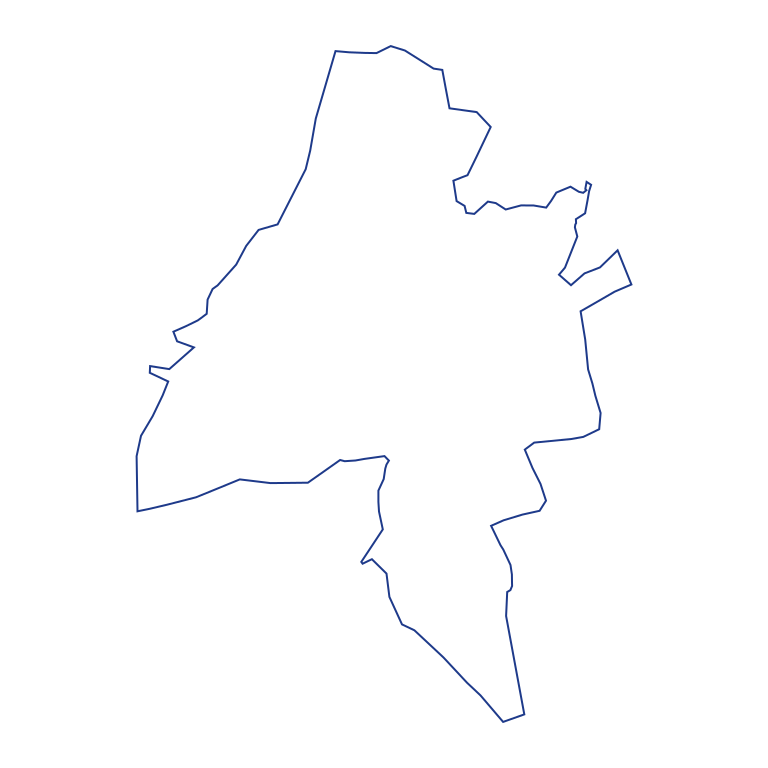 outline of Nganzai, Borno, Nigeria
{"feature_id": "59680162B84828583281462", "entity_name": "Nganzai", "entity_type": "district", "adm_level": 2, "iso_a3": "NGA", "parent_name": "Nigeria", "parent_adm1": "Borno", "projection": "albers", "projection_center": [13.181, 12.442], "detail": "fine", "context": "isolated", "style": "outline", "palette": "blue", "viewbox_px": 768, "rotation_deg": 0, "n_neighbors": 0, "source": "geoboundaries", "source_scale": "gbopen_adm2", "svg_char_len": 1870}
<svg xmlns="http://www.w3.org/2000/svg" viewBox="0 0 768 768"><path d="M631.4,284.5L617.6,250.3L600.0,267.4L584.5,273.4L571.0,285.2L559.0,274.7L565.0,267.6L577.3,236.5L574.9,227.3L575.3,224.5L576.1,223.2L575.9,219.2L585.1,213.3L587.6,199.9L589.1,191.2L591.1,184.8L586.6,181.9L585.3,188.9L586.4,190.2L583.2,192.8L578.9,191.8L570.5,186.7L561.3,190.5L556.3,192.6L551.1,200.9L546.2,207.6L533.7,205.5L521.1,205.4L505.7,209.5L495.8,203.1L487.9,201.6L474.3,213.9L466.3,212.9L464.6,205.9L456.6,201.1L453.4,180.7L462.2,177.2L467.5,175.2L470.7,168.7L476.4,157.0L490.7,127.0L476.7,112.1L449.5,108.3L445.8,88.8L442.3,69.9L433.6,68.6L404.9,50.5L390.7,46.1L376.5,53.1L364.5,52.9L349.2,52.3L335.5,51.1L315.8,118.5L310.2,150.6L305.7,169.2L277.6,224.4L258.6,229.9L246.2,245.9L236.2,264.6L217.7,285.3L216.8,286.0L215.9,286.6L212.6,289.0L207.6,299.6L206.7,313.8L200.7,318.3L197.8,320.4L185.7,326.3L173.4,331.7L177.1,341.3L193.9,347.4L169.3,369.1L150.1,366.1L149.8,372.8L168.2,381.5L162.7,395.3L152.7,416.1L141.0,435.8L136.6,456.2L137.5,511.3L149.7,508.8L167.1,504.7L196.0,497.3L215.9,489.2L239.8,479.4L270.5,483.1L290.4,482.9L307.9,482.7L340.1,460.0L344.7,461.2L355.4,460.5L364.5,458.9L384.5,456.1L388.9,460.6L386.5,464.5L385.3,468.5L383.7,479.1L378.4,490.6L378.4,501.9L379.0,511.5L382.8,529.4L371.5,546.5L361.3,561.9L362.6,563.7L371.9,559.2L386.5,573.6L389.4,596.9L402.0,624.4L414.4,630.3L443.5,657.5L467.0,682.7L480.5,695.4L503.1,721.9L524.3,714.4L506.1,616.0L507.2,592.0L510.4,590.1L512.1,586.0L512.0,582.2L511.9,574.5L510.5,565.0L503.3,549.6L500.5,545.2L497.4,538.8L494.7,533.2L491.1,525.8L503.6,520.3L522.4,514.6L539.6,510.8L546.0,500.7L540.5,483.9L532.5,468.0L524.8,449.6L534.2,442.6L571.4,439.0L583.3,436.9L599.2,429.2L600.6,413.0L595.4,395.9L592.4,383.5L588.1,369.4L585.2,339.5L580.6,311.3L593.0,304.2L614.6,291.7L631.4,284.5Z" fill="none" stroke="#1e3a8a" stroke-width="2"/></svg>